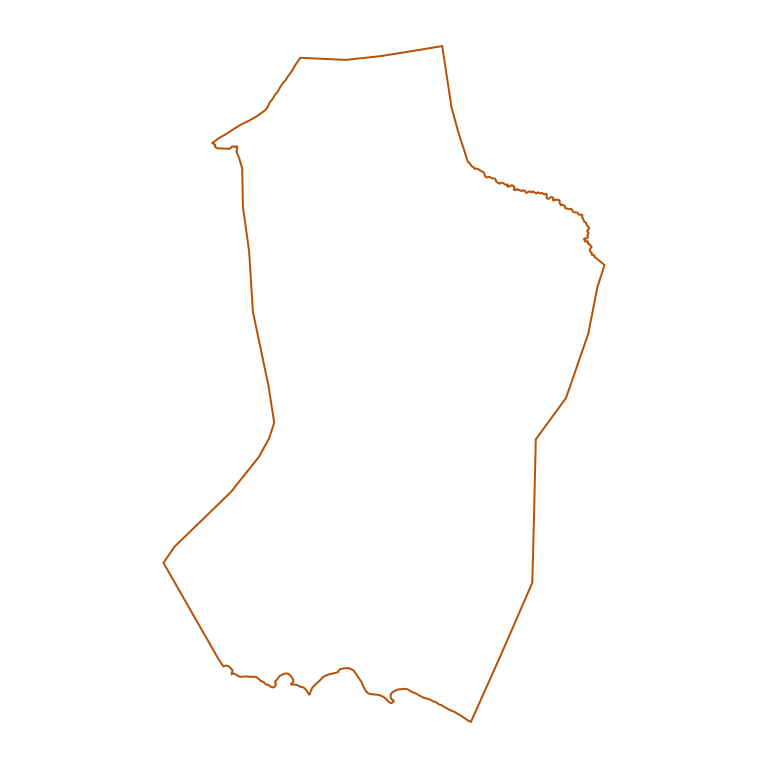 the district of Malchin, Uvs, Mongolia
{"feature_id": "93677404B34318857177168", "entity_name": "Malchin", "entity_type": "district", "adm_level": 2, "iso_a3": "MNG", "parent_name": "Mongolia", "parent_adm1": "Uvs", "projection": "orthographic", "projection_center": [93.317, 49.713], "detail": "fine", "context": "isolated", "style": "outline", "palette": "amber", "viewbox_px": 768, "rotation_deg": 0, "n_neighbors": 0, "source": "geoboundaries", "source_scale": "gbopen_adm2", "svg_char_len": 6101}
<svg xmlns="http://www.w3.org/2000/svg" viewBox="0 0 768 768"><path d="M212.5,143.0L214.0,144.1L215.0,144.6L215.2,145.0L215.2,145.3L215.2,145.7L214.9,146.5L216.0,147.5L217.5,148.3L225.0,148.6L229.1,148.9L229.4,148.6L231.3,147.7L232.2,146.4L232.7,146.4L232.9,146.7L234.2,146.7L234.6,146.5L235.4,146.9L236.3,146.3L236.6,146.3L237.0,146.4L237.2,146.7L237.3,147.2L237.2,147.6L236.8,147.9L236.9,148.4L237.1,148.7L237.2,149.3L237.2,149.6L236.8,150.3L236.5,150.7L236.4,151.1L236.4,151.4L239.2,158.2L242.2,168.6L242.9,206.6L249.1,251.2L252.9,311.7L268.5,385.9L274.2,422.7L269.0,438.6L259.1,456.6L230.9,492.0L174.5,546.7L163.5,562.9L218.2,658.6L223.3,666.3L224.2,666.0L226.4,665.6L227.2,665.7L228.2,666.1L229.3,666.8L231.8,669.4L232.7,670.4L232.2,671.5L231.7,673.1L231.7,673.5L231.8,674.2L232.2,674.1L232.8,673.5L233.1,673.3L233.4,673.3L233.9,673.4L235.1,674.2L237.3,675.2L239.0,676.5L240.0,676.8L241.8,676.8L243.9,676.5L246.0,676.4L247.6,676.5L251.1,676.8L256.1,676.9L256.6,677.2L258.7,678.9L259.4,679.6L260.1,680.4L261.2,681.1L262.6,681.6L263.7,682.2L264.8,683.4L266.7,684.8L268.2,685.1L269.3,685.5L270.4,686.5L271.8,687.2L273.5,687.4L274.7,686.6L275.5,685.8L275.9,683.7L275.8,683.2L275.3,682.8L275.0,682.4L275.1,681.4L277.2,679.3L279.2,676.7L280.3,675.5L281.2,675.2L281.9,674.7L283.4,674.3L284.7,673.7L285.9,673.4L287.8,673.7L289.1,674.3L290.0,675.1L291.3,676.8L292.3,678.1L293.1,679.6L293.4,680.2L293.4,681.1L292.9,682.2L291.2,683.7L291.2,684.3L291.8,684.6L292.7,684.4L296.8,684.9L298.6,685.8L299.8,686.6L301.0,686.9L303.0,687.3L304.1,687.9L305.9,689.6L308.9,694.4L309.3,694.5L309.6,694.3L311.0,690.7L311.7,688.7L313.1,686.9L315.1,684.7L317.0,683.1L319.8,680.5L323.4,676.7L326.6,675.2L329.7,674.2L335.8,672.8L337.8,672.1L339.9,669.2L343.5,668.4L346.7,668.2L348.9,668.2L352.9,670.0L353.8,670.9L361.2,681.5L363.4,686.4L363.6,687.1L365.1,689.7L366.5,691.8L368.0,693.2L368.8,693.6L369.9,693.9L371.2,694.2L377.1,694.7L380.1,695.3L383.4,696.9L385.1,698.2L386.1,699.0L388.2,701.3L390.3,702.8L391.1,703.2L391.7,703.0L392.5,702.6L393.0,702.2L393.6,701.8L393.8,701.3L393.6,700.6L393.1,700.2L392.2,699.9L391.6,699.1L391.0,698.1L390.8,697.4L390.7,696.4L390.7,695.3L390.9,694.2L391.2,693.7L391.7,693.1L393.0,691.9L396.0,690.3L397.4,689.7L398.7,689.4L402.3,689.1L404.0,688.8L406.0,689.0L407.4,689.3L408.6,689.9L409.7,690.8L412.6,692.3L415.7,693.4L417.2,694.1L419.4,695.6L424.3,698.0L429.1,699.2L430.6,699.9L433.8,701.7L435.0,701.9L436.5,702.4L438.8,704.3L439.3,704.5L441.0,705.0L442.0,705.4L443.3,706.4L447.5,708.7L451.6,710.8L454.5,711.9L458.1,714.1L461.5,716.0L468.1,720.6L470.9,721.9L501.1,654.5L532.3,582.7L533.8,524.5L535.8,439.3L566.0,398.0L588.2,334.0L597.4,287.2L604.5,265.1L594.3,256.7L594.2,255.5L593.7,255.3L591.9,254.8L591.8,254.2L591.9,253.0L590.7,252.3L590.3,251.8L590.3,250.7L589.9,250.1L589.8,249.5L590.3,248.7L590.4,248.3L590.9,247.8L591.4,247.4L591.5,247.0L591.4,246.6L590.8,245.9L589.9,245.2L589.3,243.9L588.7,243.9L588.3,243.8L588.1,243.5L588.0,242.6L588.0,241.9L587.8,241.5L587.5,241.3L587.1,241.2L586.6,241.3L586.4,241.5L585.9,241.7L585.4,241.5L585.1,241.2L584.7,240.5L584.1,239.3L584.2,238.8L584.5,238.5L584.9,238.4L585.9,238.7L586.3,238.6L587.2,237.9L587.9,237.2L587.9,236.8L587.4,235.7L587.3,235.4L588.3,233.9L588.5,233.3L588.4,232.8L588.2,232.3L587.2,231.5L587.2,231.1L588.0,229.7L588.6,229.4L588.9,229.0L588.9,228.5L588.9,227.7L588.6,227.0L587.9,226.2L587.0,225.6L586.4,224.3L586.4,223.7L585.9,222.8L585.4,222.2L584.3,221.8L584.2,221.4L584.0,220.7L583.3,219.6L582.9,218.3L582.5,217.7L582.2,217.5L582.1,217.2L582.1,216.7L582.2,216.1L582.4,215.6L582.3,215.3L582.1,214.9L581.8,214.6L581.4,214.5L580.5,214.6L579.9,214.9L579.5,214.9L578.9,214.6L578.5,214.3L578.1,213.7L577.7,213.0L576.7,212.4L576.1,212.5L574.1,212.3L573.5,212.0L572.8,211.4L572.0,209.9L571.3,208.9L570.9,208.8L570.5,208.9L569.9,209.2L569.2,209.1L567.0,208.5L565.9,208.6L565.5,208.4L565.0,207.9L564.8,206.3L564.6,205.8L563.2,205.1L562.0,204.6L561.6,204.6L561.2,205.0L560.7,205.1L560.5,204.8L560.3,204.0L559.7,203.2L559.6,202.8L559.7,201.4L559.6,200.7L559.1,200.1L558.7,200.0L558.1,200.2L557.6,200.1L556.5,199.6L555.7,199.7L554.5,200.1L554.0,200.4L553.7,200.6L553.4,200.5L553.1,200.2L553.1,199.8L553.1,199.3L553.3,198.5L552.6,197.3L552.3,197.2L551.8,197.1L550.8,197.3L549.8,197.8L548.8,198.6L548.3,198.9L547.8,198.7L547.1,198.2L546.8,197.9L546.5,197.4L546.5,196.6L546.8,195.4L546.6,194.3L546.3,193.9L545.2,194.3L543.8,194.1L543.0,193.8L542.1,193.0L541.7,193.1L540.8,193.4L540.3,193.3L538.2,192.4L537.7,192.5L536.3,193.4L535.4,193.1L533.5,191.7L533.1,191.5L532.6,191.5L531.5,192.3L530.9,192.2L530.5,191.9L530.0,191.5L529.5,191.3L526.3,193.0L525.5,192.0L525.2,191.0L524.9,190.7L524.3,190.7L523.3,190.3L522.8,190.4L521.6,191.1L521.2,191.0L519.7,190.1L519.0,189.8L518.4,189.8L518.0,190.0L517.7,189.9L516.7,189.0L516.4,189.1L516.0,189.4L515.8,189.7L515.3,190.1L514.7,190.2L514.3,190.1L514.0,189.7L513.9,189.3L513.9,188.8L514.3,187.6L514.3,187.1L514.2,186.7L513.5,186.0L512.5,185.5L511.9,185.3L511.3,185.3L510.9,185.5L510.5,186.1L510.1,186.4L509.6,186.4L508.9,186.1L508.5,186.2L507.8,186.7L507.5,186.6L507.4,186.3L507.4,186.0L507.9,185.2L507.8,184.9L507.7,184.6L507.3,184.5L506.3,184.7L505.9,184.8L505.4,184.7L505.0,184.5L503.4,183.2L502.1,182.8L501.4,182.7L500.6,183.0L500.0,183.4L499.7,183.7L499.4,183.7L498.8,183.0L498.3,183.0L497.7,182.7L497.1,182.4L496.3,181.8L495.7,179.8L495.5,179.3L495.1,178.8L494.7,178.5L493.5,178.5L492.8,178.4L490.5,177.5L489.9,177.0L489.6,176.9L488.5,176.9L487.3,177.4L486.6,177.3L485.7,176.8L485.1,176.2L484.0,172.8L483.4,172.3L479.1,169.8L477.9,168.9L477.2,168.8L476.5,168.6L475.8,168.6L474.5,168.8L474.3,168.7L473.9,167.5L471.3,166.0L471.1,165.4L470.2,164.4L469.9,163.3L469.7,163.2L469.1,163.1L468.9,162.9L468.3,161.8L467.8,161.5L467.6,161.1L467.4,160.4L458.4,132.5L451.5,107.3L442.2,46.1L381.4,56.0L346.1,59.9L300.3,57.8L294.5,66.2L293.7,68.1L291.4,71.8L288.6,75.4L284.7,81.4L283.6,82.1L280.6,86.5L277.5,92.0L275.0,94.8L272.7,98.9L269.7,102.4L267.6,107.2L265.3,110.1L256.9,116.2L249.0,120.7L242.0,124.0L235.5,127.9L227.1,133.4L218.6,138.3L212.5,143.0Z" fill="none" stroke="#b45309" stroke-width="2"/></svg>